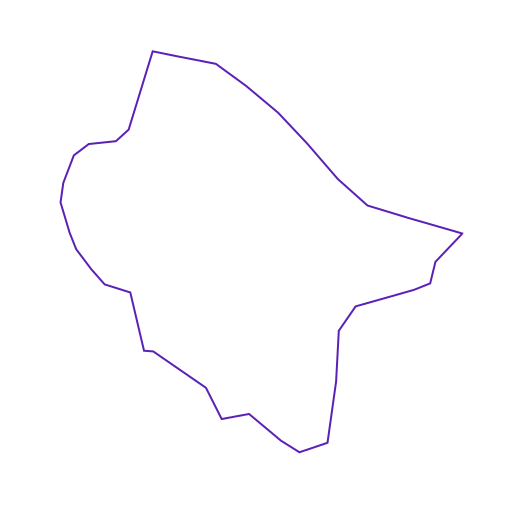 Gunpo-si, Gyeonggi, South Korea (orthographic projection), rotated 278°
{"feature_id": "91817680B51138241033746", "entity_name": "Gunpo-si", "entity_type": "district", "adm_level": 2, "iso_a3": "KOR", "parent_name": "South Korea", "parent_adm1": "Gyeonggi", "projection": "orthographic", "projection_center": [126.925, 37.33], "detail": "fine", "context": "isolated", "style": "outline", "palette": "violet", "viewbox_px": 512, "rotation_deg": 278, "n_neighbors": 0, "source": "geoboundaries", "source_scale": "gbopen_adm2", "svg_char_len": 621}
<svg xmlns="http://www.w3.org/2000/svg" viewBox="0 0 512 512"><g transform="rotate(278 256 256)"><path d="M307.0,457.0L314.9,401.4L321.5,359.4L343.6,326.3L374.5,291.0L401.0,257.9L423.0,222.6L440.7,189.5L442.8,149.8L444.3,125.2L363.4,112.3L350.2,101.3L343.6,74.8L330.3,61.6L301.6,55.0L295.9,55.0L281.8,55.0L253.1,68.2L237.7,77.0L220.0,94.7L206.8,110.1L202.4,136.6L146.6,158.3L147.2,167.5L118.5,224.8L89.8,244.7L98.6,271.1L76.6,306.4L67.7,326.3L81.0,352.8L103.0,352.8L142.8,352.8L193.5,348.4L220.0,361.7L244.3,416.8L253.1,432.3L275.2,434.5L306.1,456.6L307.0,457.0Z" fill="none" stroke="#5b21b6" stroke-width="2"/></g></svg>